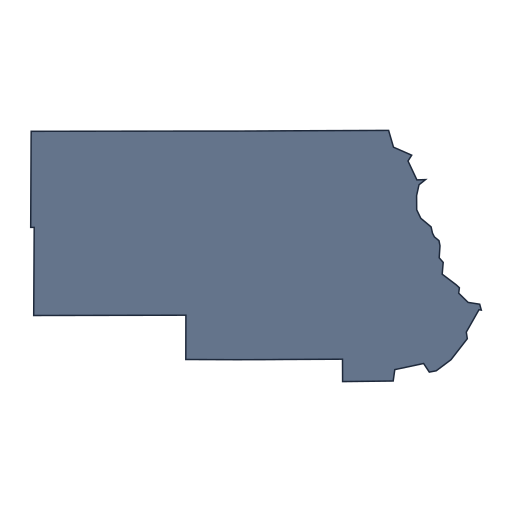 outline of Stearns, Minnesota, United States of America
{"feature_id": "52423323B14024513602917", "entity_name": "Stearns", "entity_type": "district", "adm_level": 2, "iso_a3": "USA", "parent_name": "United States of America", "parent_adm1": "Minnesota", "projection": "robinson", "projection_center": [-94.368, 45.529], "detail": "fine", "context": "isolated", "style": "filled", "palette": "slate", "viewbox_px": 512, "rotation_deg": 0, "n_neighbors": 0, "source": "geoboundaries", "source_scale": "gbopen_adm2", "svg_char_len": 714}
<svg xmlns="http://www.w3.org/2000/svg" viewBox="0 0 512 512"><path d="M31.2,131.3L31.1,138.7L30.7,227.4L34.2,227.4L33.7,315.5L185.9,315.2L185.8,359.5L236.6,359.7L270.9,359.6L279.8,359.5L342.5,359.2L342.6,381.6L393.2,381.0L394.8,369.6L423.6,363.5L429.3,372.1L436.2,370.8L451.0,359.7L467.3,338.7L466.3,332.1L479.0,309.7L481.3,310.1L479.7,304.2L468.1,302.4L458.7,293.2L459.4,287.8L456.3,284.9L442.2,274.2L443.2,262.4L439.2,257.8L440.0,245.8L439.0,240.7L434.4,236.9L432.5,233.2L431.1,226.9L420.8,218.3L416.7,209.8L416.6,195.6L419.0,184.8L425.5,179.6L416.9,179.9L408.0,161.0L411.7,155.2L393.5,147.2L388.6,130.4L289.1,130.8L235.3,131.1L184.7,131.1L31.2,131.3Z" fill="#64748b" stroke="#1e293b" stroke-width="1.5"/></svg>